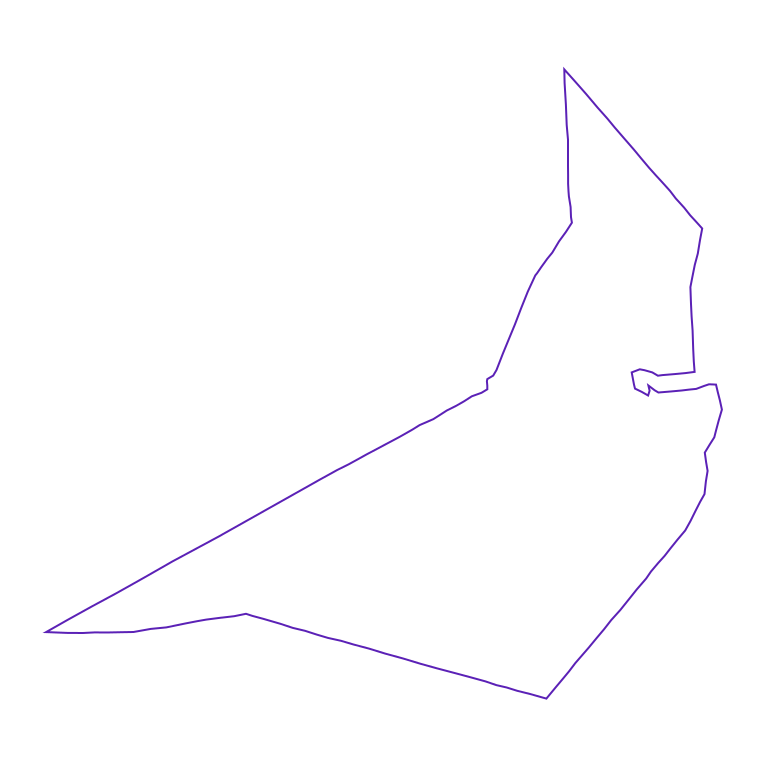 Al-Kaim, Al-Anbar, Iraq
{"feature_id": "34846034B30812362008382", "entity_name": "Al-Kaim", "entity_type": "district", "adm_level": 2, "iso_a3": "IRQ", "parent_name": "Iraq", "parent_adm1": "Al-Anbar", "projection": "albers", "projection_center": [41.099, 34.433], "detail": "fine", "context": "isolated", "style": "outline", "palette": "violet", "viewbox_px": 768, "rotation_deg": 0, "n_neighbors": 0, "source": "geoboundaries", "source_scale": "gbopen_adm2", "svg_char_len": 2311}
<svg xmlns="http://www.w3.org/2000/svg" viewBox="0 0 768 768"><path d="M546.4,698.6L547.2,697.6L556.3,686.6L562.7,679.0L569.0,671.4L575.3,663.1L588.5,647.9L596.6,638.1L604.1,629.2L611.2,620.1L620.3,610.0L629.6,598.4L636.7,589.5L646.2,578.5L651.0,571.5L658.0,563.2L664.6,555.9L670.6,548.2L677.7,539.4L685.2,530.5L690.5,521.0L695.5,510.9L700.2,501.7L704.5,494.1L705.9,481.3L707.6,470.9L706.1,462.1L704.8,452.6L709.8,444.4L714.3,437.3L716.0,430.6L718.7,420.5L721.9,409.6L719.9,400.4L717.8,392.2L716.0,384.6L711.9,384.4L709.0,384.3L704.2,385.9L696.2,388.9L689.1,389.6L681.6,390.5L670.5,391.5L658.4,392.5L654.7,390.3L648.4,385.5L649.6,390.7L648.1,395.5L641.8,391.9L635.0,388.6L634.0,384.6L631.7,372.4L639.8,369.3L644.5,370.2L652.3,372.4L657.9,375.7L662.4,375.1L674.5,374.1L685.3,373.1L694.6,371.9L693.8,361.5L693.2,349.0L692.6,330.7L691.6,316.4L691.0,303.9L690.4,287.1L692.4,276.8L694.8,264.8L697.8,253.6L700.0,240.1L702.2,228.5L695.9,221.5L690.1,215.2L684.1,207.6L675.8,198.5L670.0,190.9L662.9,183.0L655.9,175.4L649.1,167.8L641.1,158.3L633.8,149.5L623.8,138.0L614.8,127.6L607.3,118.5L597.5,107.5L586.2,94.1L575.0,81.4L565.7,71.0L564.3,69.4L564.6,83.0L565.9,104.7L566.7,125.0L568.0,139.7L568.0,153.8L568.0,166.0L568.1,175.1L568.1,183.7L568.5,191.3L568.9,196.4L570.6,207.0L571.0,217.1L571.9,222.7L566.0,231.8L559.0,241.4L552.3,252.6L547.3,258.7L541.1,267.3L537.0,273.3L535.3,275.4L527.8,291.6L521.1,308.3L514.9,324.5L508.2,340.7L502.8,353.8L496.5,370.0L493.2,375.6L489.8,377.6L487.3,379.1L486.9,381.2L487.3,385.7L487.3,389.3L481.5,392.8L471.8,396.3L463.9,401.4L456.0,405.9L446.8,410.5L433.4,419.1L419.6,425.1L412.4,429.6L399.0,437.2L366.8,454.3L348.7,464.3L337.4,469.9L320.2,479.4L268.5,508.5L222.8,534.2L220.6,535.5L172.5,561.4L144.7,577.3L116.4,593.2L92.3,606.2L67.4,620.0L46.1,632.1L49.1,632.2L67.0,632.9L82.9,633.0L94.7,632.4L106.5,632.5L121.7,632.2L133.5,632.0L150.8,628.9L166.3,627.4L185.2,623.5L197.1,621.2L206.2,619.6L221.0,617.7L222.1,617.6L234.2,616.2L246.0,613.8L252.4,615.9L263.2,618.8L280.4,623.8L292.8,627.9L305.0,630.8L316.8,634.6L327.9,637.9L341.0,640.8L353.5,644.5L369.0,648.6L385.2,653.6L403.1,658.5L420.6,663.8L436.8,668.3L455.7,673.3L470.6,677.3L485.5,681.4L496.3,685.1L506.7,687.5L517.2,690.8L530.1,694.0L544.6,698.1L545.4,698.3L546.4,698.6Z" fill="none" stroke="#5b21b6" stroke-width="2"/></svg>